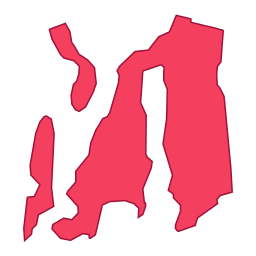 the district of Newport, Rhode Island, United States of America
{"feature_id": "52423323B54307219453205", "entity_name": "Newport", "entity_type": "district", "adm_level": 2, "iso_a3": "USA", "parent_name": "United States of America", "parent_adm1": "Rhode Island", "projection": "mercator", "projection_center": [-71.264, 41.562], "detail": "fine", "context": "isolated", "style": "filled", "palette": "rose", "viewbox_px": 256, "rotation_deg": 0, "n_neighbors": 0, "source": "geoboundaries", "source_scale": "gbopen_adm2", "svg_char_len": 1872}
<svg xmlns="http://www.w3.org/2000/svg" viewBox="0 0 256 256"><path d="M176.3,15.4L169.4,31.9L164.3,34.2L158.8,36.7L148.3,50.1L139.5,51.0L135.1,51.5L131.8,54.6L119.6,66.3L117.1,70.8L117.8,72.4L119.2,75.2L118.4,83.2L109.7,112.9L107.3,116.7L107.2,116.8L102.8,118.6L97.6,127.3L95.9,130.0L90.8,142.9L88.9,155.1L83.3,162.0L75.7,171.3L75.8,181.9L71.2,187.3L68.0,191.0L66.6,193.9L77.9,206.5L78.3,213.0L71.9,219.7L63.6,218.2L52.9,224.5L52.0,228.9L60.6,238.4L70.6,240.3L82.7,233.7L89.2,234.7L89.2,237.9L90.2,238.4L95.4,234.8L102.3,205.1L109.3,201.7L110.0,201.6L124.9,200.6L133.9,203.6L138.8,208.2L138.3,217.4L142.8,214.5L145.7,206.1L145.4,202.9L144.4,202.7L142.8,189.0L148.2,175.6L151.2,168.2L152.2,161.5L147.2,157.2L145.8,153.9L146.2,115.2L140.6,102.6L141.2,94.6L142.8,71.0L152.2,67.8L161.0,64.8L164.1,67.3L163.9,70.3L163.8,71.9L163.7,80.1L167.3,89.5L166.6,119.0L163.0,144.0L172.5,175.3L168.3,190.4L173.3,194.0L173.5,197.8L180.4,205.2L180.5,211.2L175.6,224.6L175.4,228.2L176.8,230.3L178.3,231.4L195.3,225.4L197.4,218.0L217.6,203.6L216.9,199.6L220.1,195.6L232.2,192.1L230.8,167.6L224.2,97.8L224.0,96.2L219.6,87.6L217.3,85.1L217.1,82.8L216.6,74.1L217.4,66.4L220.9,61.9L220.9,61.7L221.7,51.4L221.8,49.1L223.2,31.6L223.0,30.3L221.7,29.9L221.3,29.9L213.4,27.6L207.3,26.3L201.2,24.8L190.9,22.3L190.9,21.9L190.9,19.0L187.0,17.9L179.6,16.2L177.3,15.6L176.3,15.4ZM23.8,228.4L24.6,240.6L31.5,234.2L32.2,228.7L36.4,224.6L38.4,214.9L53.7,206.4L51.5,187.6L54.1,133.6L51.3,119.1L46.4,116.0L43.9,116.8L39.8,122.2L35.8,133.2L30.1,165.3L30.9,175.1L39.9,184.7L34.3,196.5L27.3,197.3L23.8,228.4ZM49.4,29.4L51.9,38.9L60.5,54.5L64.0,58.1L73.9,60.7L79.4,66.3L78.8,74.1L76.7,81.1L73.5,84.3L71.1,95.4L71.9,104.2L75.4,109.7L79.2,111.4L85.6,106.9L93.2,92.1L96.2,83.6L94.5,67.7L87.6,59.9L79.0,54.3L74.5,46.5L71.7,42.4L69.9,31.6L65.3,23.4L49.4,29.4Z" fill="#f43f5e" stroke="#9f1239" stroke-width="1.5"/></svg>